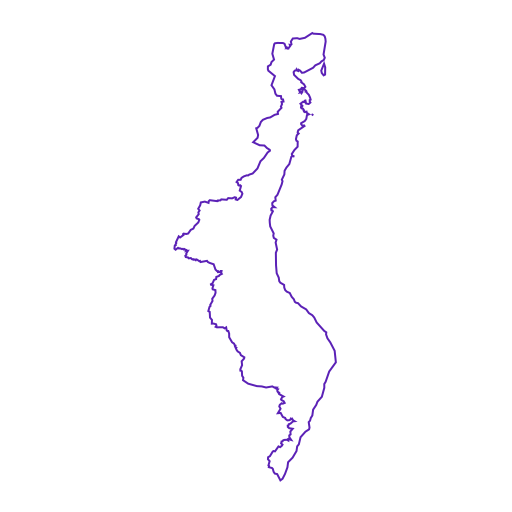 the district of Buleleng, Bali, Indonesia, rotated 91°
{"feature_id": "22746128B19337828575841", "entity_name": "Buleleng", "entity_type": "district", "adm_level": 2, "iso_a3": "IDN", "parent_name": "Indonesia", "parent_adm1": "Bali", "projection": "natural_earth1", "projection_center": [114.942, -8.222], "detail": "fine", "context": "isolated", "style": "outline", "palette": "violet", "viewbox_px": 512, "rotation_deg": 91, "n_neighbors": 0, "source": "geoboundaries", "source_scale": "gbopen_adm2", "svg_char_len": 6070}
<svg xmlns="http://www.w3.org/2000/svg" viewBox="0 0 512 512"><g transform="rotate(91 256 256)"><path d="M380.4,266.8L383.8,261.6L386.1,252.8L386.3,248.0L387.3,243.6L386.1,237.4L387.0,235.8L387.2,232.9L388.1,233.7L388.8,231.7L389.7,232.4L391.0,232.2L392.2,231.3L391.9,231.0L392.4,230.3L393.7,230.4L396.0,226.0L396.6,227.3L398.8,228.5L399.6,228.0L400.7,225.8L402.4,224.8L403.2,226.7L402.8,227.8L404.4,229.6L406.0,230.1L408.3,228.8L412.8,231.4L412.5,228.6L416.4,226.4L417.4,224.0L418.5,223.6L419.8,221.8L419.6,219.9L419.0,218.7L418.0,218.4L418.4,217.6L418.0,217.1L419.7,216.0L420.5,214.6L420.7,216.1L423.0,218.6L423.6,220.3L425.0,220.6L425.1,221.3L426.4,221.2L427.6,219.8L428.1,216.3L430.9,218.6L433.8,218.3L434.8,219.6L436.6,219.5L439.3,217.6L438.6,220.3L437.7,220.9L439.9,220.6L439.2,222.0L439.4,224.5L439.8,225.6L440.9,226.3L441.0,227.2L443.0,227.6L444.1,226.2L445.1,226.7L446.7,228.5L446.0,230.2L451.0,233.6L450.7,235.1L451.3,235.9L455.9,238.6L457.0,240.4L459.0,240.5L460.9,238.8L465.2,239.9L465.7,239.3L466.9,239.5L467.7,236.3L468.5,235.5L471.5,234.6L473.2,233.4L473.7,231.0L479.9,227.7L478.3,225.6L473.4,223.2L466.8,220.9L461.6,220.3L457.0,215.9L450.3,212.1L445.6,211.5L443.6,209.9L436.4,208.3L430.8,203.5L428.4,199.9L426.6,199.5L421.2,200.4L419.7,199.1L417.0,198.4L414.5,196.9L408.6,196.2L403.9,193.2L400.6,192.0L395.6,187.7L386.6,185.4L382.8,185.5L380.6,184.2L370.2,180.8L360.9,174.3L349.4,175.7L341.1,180.2L337.1,183.1L333.1,184.6L331.1,184.4L329.7,186.5L321.4,194.2L316.5,196.7L314.2,198.7L312.2,202.1L308.5,204.9L305.6,210.1L302.4,213.2L302.0,215.2L301.1,216.4L298.6,217.4L296.2,219.6L292.4,221.6L291.1,224.6L289.6,226.2L287.1,227.2L284.4,227.4L282.3,231.2L280.8,232.3L277.2,232.9L272.9,235.0L265.0,235.8L252.4,236.2L249.2,235.0L242.2,236.6L239.3,235.8L237.6,238.5L235.4,239.1L233.1,238.7L226.2,242.3L222.5,242.8L219.6,243.0L215.3,242.1L211.0,239.9L210.2,240.4L210.1,241.4L208.5,241.6L206.9,240.3L206.9,238.2L205.1,240.5L202.8,240.7L201.0,239.1L200.3,237.3L196.9,237.7L194.4,235.6L184.1,231.6L180.7,230.8L179.2,231.5L174.0,229.1L170.3,228.9L167.0,227.1L163.5,224.3L156.2,222.4L155.5,221.4L155.9,219.4L154.8,221.6L153.4,222.0L149.3,219.4L146.0,216.3L140.8,216.3L140.0,217.6L138.4,218.1L134.6,217.3L132.8,215.5L132.0,216.5L130.6,216.3L129.5,215.9L125.2,209.8L124.6,210.3L125.1,211.0L124.8,212.0L123.3,213.2L122.4,213.2L120.2,209.6L118.0,208.1L114.2,207.5L113.4,205.5L112.0,207.7L110.8,208.0L111.3,209.7L110.9,210.4L109.9,210.9L109.6,210.5L107.9,211.6L107.6,213.0L106.8,213.6L105.2,213.4L105.6,212.5L105.1,212.2L103.0,214.2L101.0,211.7L101.3,210.6L99.9,210.0L99.7,209.3L102.7,208.6L103.1,206.0L101.6,204.3L100.5,205.0L99.1,205.0L98.7,204.1L96.7,204.7L93.9,206.0L91.6,208.3L90.8,208.4L90.7,209.2L89.9,208.9L88.7,210.3L88.6,212.4L91.1,212.5L92.5,213.4L91.5,214.1L91.7,214.8L90.9,214.3L90.5,215.3L89.1,216.0L88.6,214.3L87.0,213.1L87.4,210.8L86.0,209.6L83.5,211.0L81.5,213.8L80.7,213.6L79.4,214.5L78.2,216.9L74.2,221.1L71.5,221.6L70.0,220.5L69.6,219.0L69.0,218.8L69.8,218.4L70.3,217.0L69.0,216.8L69.9,215.1L72.0,213.3L71.7,211.1L66.8,202.2L64.3,200.0L62.2,195.6L60.3,194.0L58.9,191.7L56.6,190.7L53.4,192.0L40.4,190.1L37.6,190.4L35.2,191.1L33.7,192.5L33.0,195.5L32.7,202.6L32.1,203.6L37.0,210.9L38.2,216.2L37.5,218.6L37.9,223.0L41.0,224.9L43.7,224.2L44.5,225.0L44.3,225.9L45.5,225.5L47.9,227.3L48.9,227.3L47.8,227.7L47.8,229.0L47.3,228.5L46.7,228.9L46.6,229.9L43.3,231.2L42.6,232.7L42.6,238.3L43.0,240.8L43.9,241.5L53.5,243.2L59.3,241.4L61.8,243.9L64.5,244.7L66.2,247.4L69.1,247.4L70.5,246.9L75.8,240.2L85.0,243.5L89.1,240.5L93.4,239.4L95.4,237.8L95.7,233.8L98.1,233.5L98.9,233.0L99.0,231.7L101.1,231.2L101.6,233.2L103.6,232.6L106.2,233.7L107.4,233.1L111.4,236.8L113.6,236.5L114.5,239.8L117.2,244.2L117.8,247.2L119.7,251.5L121.9,253.5L125.9,254.9L127.9,256.8L128.3,258.0L135.0,256.0L137.8,256.5L142.3,260.8L145.2,254.3L145.4,249.5L147.9,246.9L149.6,244.1L150.5,243.9L152.3,246.2L157.8,249.8L161.2,253.2L168.5,256.1L173.6,260.8L174.7,264.1L175.6,265.3L175.5,266.6L176.6,269.5L178.1,271.8L180.1,272.7L180.1,275.1L182.4,276.7L183.4,275.3L185.5,274.9L185.9,274.1L185.5,273.1L186.3,272.2L190.9,273.4L192.3,271.4L194.0,270.7L197.3,272.0L200.3,275.6L199.8,277.3L198.0,277.0L197.6,278.3L198.8,280.9L198.6,284.8L200.3,286.2L200.0,291.7L201.0,292.5L201.1,294.4L201.7,295.1L201.3,295.5L201.8,296.2L201.0,303.2L202.0,304.2L203.7,304.4L202.5,308.1L203.4,312.1L206.3,312.7L209.8,314.6L211.5,313.2L213.4,314.4L215.2,314.0L218.4,316.5L219.5,316.0L220.2,313.7L220.8,313.3L223.5,314.3L227.0,317.9L229.7,319.1L231.0,321.7L234.7,324.2L235.2,326.0L234.9,328.8L235.4,329.3L236.3,328.9L238.8,332.2L237.7,333.6L243.7,336.3L244.4,335.9L246.1,336.8L246.5,336.5L247.1,337.4L250.1,337.7L251.1,336.5L249.2,334.1L249.9,333.1L249.6,332.3L250.4,330.1L250.1,329.2L250.8,328.2L250.3,327.7L251.2,326.2L251.9,326.3L251.4,325.5L252.1,325.1L252.0,324.2L254.7,325.8L255.9,325.6L257.1,326.7L258.3,326.2L258.6,324.0L259.5,323.3L259.2,321.1L260.3,320.0L260.3,318.7L260.8,318.5L260.5,317.6L261.3,316.2L260.4,315.7L260.7,314.8L262.2,312.6L261.9,311.9L263.0,311.3L261.7,304.9L262.8,304.1L263.7,302.3L265.0,298.2L270.2,296.3L271.8,294.7L271.8,293.8L272.8,293.7L272.6,291.3L271.6,291.1L271.6,290.2L273.7,290.5L274.5,289.9L275.6,292.0L276.6,292.7L277.6,295.3L279.8,295.5L280.6,297.5L284.1,299.0L285.0,300.6L285.5,300.5L286.0,298.1L289.1,299.0L290.1,298.7L290.8,296.0L293.5,295.8L296.2,296.7L299.5,299.0L301.7,298.7L305.7,300.9L306.7,300.6L307.7,301.6L311.9,302.7L312.7,301.3L318.4,300.9L320.7,298.9L324.4,299.0L324.3,297.2L325.0,294.7L326.5,294.3L327.5,295.1L328.0,293.9L327.8,287.9L328.9,286.1L327.9,284.6L330.9,284.0L331.5,283.3L331.5,282.4L334.0,281.5L337.7,281.4L342.7,278.4L344.0,276.4L345.6,275.7L345.9,275.0L347.0,275.4L348.0,274.1L348.5,274.6L350.0,273.9L351.7,272.7L353.1,270.4L355.4,269.4L357.5,265.9L358.7,266.1L361.5,268.5L365.4,268.0L369.5,269.7L370.9,269.6L371.0,268.6L371.6,268.1L376.0,267.8L377.9,266.5L380.4,266.8ZM73.4,190.1L66.2,190.1L62.5,191.3L69.5,194.0L71.9,193.4L74.2,191.5L73.4,190.1ZM114.1,202.1L112.9,201.6L114.4,202.5L114.1,202.1Z" fill="none" stroke="#5b21b6" stroke-width="2"/></g></svg>